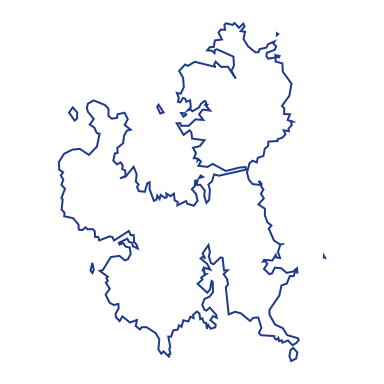 outline of Tasman, Tasmania, Australia
{"feature_id": "25037944B3196758006224", "entity_name": "Tasman", "entity_type": "district", "adm_level": 2, "iso_a3": "AUS", "parent_name": "Australia", "parent_adm1": "Tasmania", "projection": "orthographic", "projection_center": [147.839, -43.044], "detail": "fine", "context": "isolated", "style": "outline", "palette": "blue", "viewbox_px": 384, "rotation_deg": 0, "n_neighbors": 0, "source": "geoboundaries", "source_scale": "gbopen_adm2", "svg_char_len": 6009}
<svg xmlns="http://www.w3.org/2000/svg" viewBox="0 0 384 384"><path d="M179.1,70.9L183.1,77.8L183.8,87.2L180.7,93.7L176.9,93.0L178.8,97.8L178.0,101.8L180.2,102.4L183.0,97.9L185.3,98.8L186.2,101.8L190.1,100.3L190.8,107.1L187.8,110.3L190.6,109.4L192.4,111.3L199.2,107.3L200.8,104.0L204.1,101.2L205.1,100.9L206.3,102.9L205.2,104.8L207.3,104.8L206.4,106.2L210.1,110.6L202.7,109.6L199.1,114.4L203.3,119.9L195.4,119.4L188.7,125.8L181.0,125.7L180.4,123.2L176.7,123.3L183.6,134.9L189.6,130.3L191.4,132.4L192.1,138.6L204.5,140.2L199.8,146.1L193.0,147.8L196.0,153.3L193.8,158.2L197.4,158.5L201.0,161.5L198.4,165.8L207.6,166.9L212.7,163.9L225.8,171.0L239.8,167.5L245.6,167.1L246.2,169.6L219.0,175.7L214.1,174.4L212.0,181.3L208.4,184.6L209.9,189.5L209.2,199.8L206.4,202.9L204.2,195.8L204.8,190.5L200.3,184.8L196.5,184.9L197.6,180.5L195.2,180.6L194.7,186.3L191.8,189.2L195.9,193.8L197.6,200.6L193.9,205.7L187.3,203.8L186.1,201.0L177.4,205.4L177.7,201.8L174.7,200.5L173.9,193.6L170.7,196.2L166.3,193.5L166.8,197.1L165.1,198.0L160.7,194.9L159.6,199.0L157.3,195.6L156.4,199.7L153.9,200.8L149.7,189.6L149.6,182.2L147.2,183.5L144.8,191.8L138.9,191.1L137.0,187.0L138.6,184.4L135.8,181.6L136.7,174.4L133.6,166.8L125.7,176.6L120.0,178.3L125.6,176.0L125.2,170.5L122.1,169.0L122.8,165.7L120.8,162.4L116.8,164.3L113.3,160.6L114.9,153.4L117.6,152.9L117.3,147.9L123.1,143.3L124.1,135.5L126.9,130.6L130.7,129.7L124.7,125.0L127.8,119.1L124.5,112.7L117.5,114.3L117.1,117.8L111.9,118.7L108.5,116.0L108.5,108.7L104.9,105.0L93.7,100.4L87.9,103.7L86.9,107.8L87.8,111.6L93.8,119.0L89.7,124.5L94.3,127.6L96.6,132.7L97.6,133.5L99.1,133.5L99.6,133.8L96.9,146.6L88.9,154.9L79.9,148.9L72.5,149.6L64.2,153.7L58.9,162.0L59.2,169.7L63.1,172.3L60.8,175.4L63.3,179.7L61.4,184.9L65.0,188.7L61.4,198.1L62.7,199.3L61.6,209.5L64.5,212.8L64.2,216.3L73.1,218.2L78.5,224.6L78.8,229.7L82.3,230.1L85.6,227.3L87.4,229.3L92.8,229.1L94.8,231.3L95.0,236.8L98.3,237.0L99.2,240.5L109.4,236.4L112.4,237.0L114.0,240.5L128.8,231.0L130.8,235.2L133.7,235.1L134.1,241.8L136.7,245.0L137.8,248.6L132.8,246.2L132.2,242.6L129.2,242.1L127.3,238.7L118.8,242.8L119.6,244.6L123.1,243.0L125.7,246.6L129.7,247.5L130.7,253.9L127.9,259.3L124.9,260.4L119.5,255.9L110.9,257.0L102.9,269.9L99.8,270.9L107.8,276.7L106.4,278.0L107.8,280.9L105.8,282.7L109.8,288.7L105.6,294.6L109.7,302.8L113.7,305.0L118.4,303.9L118.6,308.5L115.5,313.9L116.0,317.2L119.6,321.1L122.4,316.4L129.9,322.5L137.0,320.0L135.7,326.0L139.9,329.5L141.8,327.2L146.6,327.2L155.5,333.0L159.3,339.1L158.4,349.5L161.2,353.7L163.5,351.4L169.7,357.3L168.4,354.7L170.3,353.9L169.3,348.7L170.3,347.2L168.3,336.6L171.1,336.7L173.2,330.4L177.7,329.6L179.0,325.3L181.5,326.8L183.3,320.3L188.4,321.4L190.4,316.7L193.6,318.1L193.1,314.8L197.0,311.5L199.4,313.4L200.2,319.2L202.3,318.3L203.9,322.6L206.1,323.0L206.9,328.8L208.2,325.0L210.8,328.7L215.3,327.3L215.7,324.5L210.4,320.2L213.0,316.1L216.7,317.8L216.3,315.0L209.8,307.6L206.5,310.6L204.5,309.8L202.2,304.9L204.5,298.9L209.5,296.7L213.0,292.1L212.7,281.7L211.6,281.0L210.0,289.6L207.3,292.7L197.6,283.8L202.5,279.5L201.1,277.7L206.5,273.9L204.3,273.6L204.3,270.0L202.7,270.3L203.8,267.5L210.2,269.6L207.0,263.7L200.6,258.5L203.2,256.4L205.2,258.8L202.6,253.4L208.5,245.0L209.9,252.3L208.8,256.3L210.9,262.9L213.4,264.3L220.6,257.4L222.6,257.9L224.0,270.3L227.6,270.3L223.6,274.1L227.0,278.9L228.1,284.4L225.8,287.3L228.7,314.4L235.0,311.8L240.9,313.3L250.1,321.0L253.3,317.8L258.2,317.5L261.4,327.7L258.9,332.8L260.9,335.2L274.3,336.1L274.7,338.5L276.7,339.7L278.3,337.8L279.2,341.2L281.7,340.3L282.5,342.7L288.0,340.4L292.5,345.2L296.1,343.1L298.7,340.2L297.9,338.2L287.2,335.1L282.7,328.1L275.1,324.6L269.5,314.7L269.5,309.8L279.3,295.6L281.5,285.4L286.8,283.6L289.8,276.1L293.6,276.2L295.3,271.0L286.7,272.9L281.3,268.3L274.9,267.6L272.1,273.3L269.5,274.2L264.0,269.0L267.3,263.9L265.5,261.3L263.0,261.6L264.1,259.9L272.4,260.5L275.7,254.9L276.3,257.5L280.0,258.0L278.0,251.8L280.3,244.6L274.0,240.6L268.8,228.6L271.4,225.5L267.4,222.3L264.9,215.4L264.9,208.7L258.4,204.4L263.9,198.4L260.9,193.8L263.4,189.5L261.2,186.4L261.6,183.9L260.5,182.5L259.7,184.9L252.6,184.1L248.8,179.6L247.0,172.6L249.5,163.2L252.6,160.7L256.8,162.4L257.8,157.8L263.4,156.0L264.8,148.7L268.1,146.0L268.4,141.6L277.6,141.0L277.7,139.2L282.5,137.6L285.4,134.4L283.7,130.3L288.9,131.2L288.5,128.7L291.8,125.0L290.9,121.3L287.6,120.0L290.0,114.3L284.1,114.0L284.2,108.3L282.0,105.9L289.3,95.9L291.5,83.6L282.8,71.7L282.4,63.4L275.5,61.5L275.8,57.4L268.3,58.7L266.4,56.3L266.8,52.9L274.7,49.8L276.2,46.5L273.2,43.2L274.4,41.5L268.2,44.1L266.4,47.6L259.5,49.2L258.6,52.2L255.4,52.3L248.2,46.5L243.5,39.0L245.1,31.8L240.7,31.1L244.6,26.5L243.3,23.7L239.0,27.8L234.5,23.0L232.6,24.9L225.9,23.3L224.4,25.1L225.0,29.8L220.7,29.6L218.5,32.6L222.0,39.5L214.9,40.4L213.7,47.1L209.9,47.0L207.2,50.4L211.7,50.6L214.5,53.1L215.0,49.9L216.9,49.3L233.4,56.6L234.0,65.5L231.2,71.2L232.6,72.5L233.4,74.7L234.7,76.4L235.3,77.6L235.7,78.6L227.9,66.7L221.2,66.9L215.6,61.7L214.2,64.6L215.0,66.5L215.0,66.8L194.7,61.8L187.9,65.9L185.2,64.5L179.1,70.9ZM290.5,350.2L289.4,356.1L291.2,361.0L296.1,358.6L297.4,352.4L293.2,347.9L290.5,350.2ZM74.7,120.6L77.0,118.5L77.2,112.5L72.8,107.4L69.0,112.6L74.7,120.6ZM157.1,106.9L160.3,113.5L163.5,112.4L158.6,104.7L157.1,106.9ZM90.5,270.4L92.4,273.0L93.8,269.6L92.3,262.9L90.5,270.4ZM181.1,113.0L183.5,116.7L186.3,114.7L185.4,113.4L181.1,113.0ZM200.7,175.5L199.2,178.0L202.9,176.9L200.7,175.5ZM297.3,270.9L297.1,268.2L295.9,269.1L297.3,270.9ZM324.0,255.8L323.8,257.6L325.1,257.8L324.0,255.8ZM276.3,56.8L278.2,57.1L278.5,55.7L276.8,55.4L276.3,56.8ZM296.1,271.5L295.8,269.4L294.9,270.1L296.1,271.5ZM277.0,33.3L276.9,35.2L278.2,34.1L277.0,33.3ZM258.7,180.9L259.6,182.7L260.3,182.3L258.7,180.9ZM276.2,56.9L275.5,55.8L275.5,56.9L276.2,56.9ZM278.6,56.5L279.1,57.0L279.4,56.4L278.6,56.5ZM197.7,159.6L197.6,160.6L198.4,159.7L197.7,159.6ZM291.9,121.3L291.9,121.8L292.8,121.7L291.9,121.3ZM281.1,244.0L282.2,244.3L282.4,244.2L281.1,244.0Z" fill="none" stroke="#1e3a8a" stroke-width="2"/></svg>